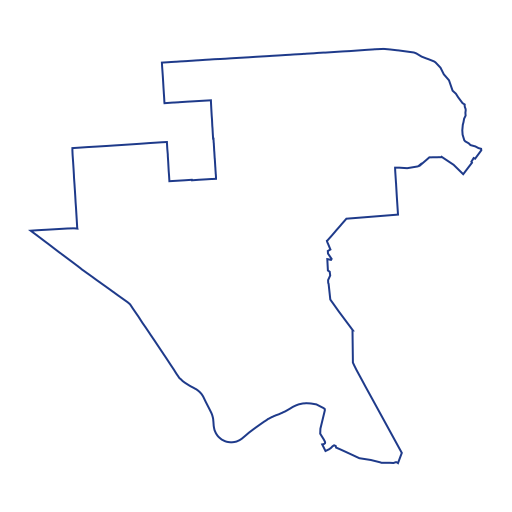 Burnside, South Australia, Australia
{"feature_id": "25037944B2025658304279", "entity_name": "Burnside", "entity_type": "district", "adm_level": 2, "iso_a3": "AUS", "parent_name": "Australia", "parent_adm1": "South Australia", "projection": "natural_earth1", "projection_center": [138.659, -34.944], "detail": "fine", "context": "isolated", "style": "outline", "palette": "blue", "viewbox_px": 512, "rotation_deg": 0, "n_neighbors": 0, "source": "geoboundaries", "source_scale": "gbopen_adm2", "svg_char_len": 5755}
<svg xmlns="http://www.w3.org/2000/svg" viewBox="0 0 512 512"><path d="M30.7,230.7L33.2,232.6L37.5,235.8L42.9,239.9L46.9,242.9L47.6,243.4L52.8,247.4L58.8,252.0L65.3,256.8L68.5,259.2L73.2,262.7L80.3,268.1L82.2,269.7L83.4,270.5L87.7,273.6L87.9,273.7L96.7,280.1L101.9,283.8L105.0,286.0L118.3,295.6L123.8,299.5L127.6,302.2L129.5,303.8L130.2,304.5L132.9,308.6L136.9,314.4L138.3,316.4L141.3,321.1L142.6,323.1L145.9,327.8L149.4,333.0L150.3,334.4L155.4,341.9L157.0,344.3L157.8,345.5L160.4,349.4L164.2,355.1L164.3,355.2L166.9,359.1L170.3,364.3L174.3,370.3L174.7,371.0L176.4,373.7L179.5,378.2L180.7,379.1L181.6,380.0L182.7,381.1L183.8,381.9L184.3,382.3L184.9,382.7L185.5,383.1L186.6,383.8L189.6,385.7L191.4,386.7L192.6,387.3L193.9,388.0L195.1,388.7L195.5,388.9L196.3,389.3L197.4,390.1L198.2,390.7L198.5,391.0L199.6,391.9L200.5,392.9L201.0,393.4L201.5,394.0L202.6,395.6L203.0,396.3L203.4,397.0L205.6,401.6L207.8,405.9L209.2,408.6L210.6,411.4L211.2,412.6L211.8,414.0L212.3,415.4L212.7,416.9L213.0,418.1L213.2,419.4L213.3,420.8L213.4,421.6L213.7,425.8L214.0,427.7L214.5,430.0L214.7,430.5L215.3,431.9L215.8,433.0L216.3,433.9L216.6,434.3L217.3,435.4L218.2,436.5L218.8,437.1L219.7,437.9L220.9,438.9L221.8,439.6L223.2,440.3L224.0,440.7L224.8,441.1L226.2,441.6L226.9,441.8L228.1,442.0L229.5,442.2L230.8,442.3L231.6,442.3L232.9,442.2L234.3,442.0L236.3,441.6L237.5,441.1L238.8,440.5L239.5,440.2L240.1,439.8L240.6,439.5L241.2,439.1L241.8,438.7L244.8,436.2L249.0,432.6L253.1,429.5L256.1,427.3L257.8,426.1L260.6,424.1L261.2,423.7L262.3,422.9L262.9,422.5L263.5,422.1L264.0,421.7L265.2,421.0L267.0,419.8L268.0,419.0L269.0,418.6L269.3,418.4L270.6,417.7L271.2,417.4L271.9,417.0L272.4,416.9L273.7,416.2L275.0,415.7L275.6,415.4L278.2,414.5L278.8,414.3L281.4,413.1L282.0,412.9L282.9,412.4L285.2,411.4L286.4,410.7L287.0,410.4L287.6,410.0L288.2,409.7L289.9,408.7L291.2,407.9L292.3,407.2L293.0,406.8L293.4,406.6L296.0,405.4L297.3,404.9L298.6,404.4L299.4,404.2L300.0,404.1L300.8,403.9L301.4,403.8L302.1,403.6L302.8,403.5L303.5,403.4L304.2,403.4L306.2,403.2L308.2,403.3L308.9,403.3L309.6,403.4L311.0,403.5L316.4,404.4L318.9,405.7L323.6,408.1L324.8,409.1L324.8,410.5L320.4,428.7L320.2,433.7L323.8,439.5L324.8,441.4L325.1,442.3L325.0,443.2L324.4,443.7L323.8,444.1L322.2,444.4L325.5,451.0L329.2,449.2L331.1,447.8L332.5,446.3L334.1,445.3L335.7,446.0L336.1,447.6L340.1,449.3L345.8,451.9L359.3,458.2L370.9,460.0L380.1,462.3L381.5,462.8L390.0,462.8L393.4,463.0L395.2,462.4L395.8,462.2L396.4,462.2L397.4,462.7L398.0,463.1L401.8,452.9L377.0,407.6L371.9,398.3L365.3,386.3L362.9,381.8L356.5,370.0L354.3,365.6L352.9,362.6L352.8,354.3L352.5,330.4L352.9,330.4L339.7,312.7L338.8,311.5L332.7,302.9L331.1,300.7L330.7,300.1L330.3,299.5L328.6,283.8L328.2,282.9L328.1,280.1L330.2,275.5L329.7,271.7L327.9,270.5L327.3,259.1L328.0,259.2L331.0,259.9L331.6,258.9L328.0,253.6L327.8,251.0L330.4,249.5L328.0,243.7L327.6,242.9L327.0,241.3L326.9,240.8L327.4,240.5L331.4,236.0L335.3,231.5L336.1,230.5L340.6,225.4L341.5,224.3L345.0,220.3L346.4,218.7L356.7,217.9L398.0,214.6L396.8,196.4L396.1,184.4L396.1,183.8L396.0,183.1L395.2,170.9L395.1,168.3L395.1,167.7L399.8,167.7L407.2,168.2L417.9,166.4L418.7,165.9L420.5,164.4L420.5,165.0L426.2,160.1L429.4,157.3L432.1,157.3L440.6,157.2L441.3,157.2L441.6,156.8L453.6,164.8L463.2,174.2L463.6,173.7L469.0,166.6L472.0,162.7L471.4,161.7L473.7,158.0L475.1,158.7L481.3,150.3L481.1,148.8L478.5,148.1L475.3,146.4L470.5,145.1L468.7,143.3L465.3,141.4L464.3,140.3L462.6,134.7L462.3,130.3L462.8,124.8L463.5,122.1L464.1,118.7L465.6,115.6L465.4,112.8L465.7,110.3L465.6,109.1L465.4,108.4L464.9,107.2L464.7,105.9L464.6,105.1L464.7,104.5L462.5,103.1L458.1,97.2L455.9,93.7L452.6,90.7L449.0,80.3L443.8,74.3L440.5,67.7L435.5,62.4L434.2,61.5L433.0,61.0L428.5,59.2L426.2,58.4L421.6,56.6L416.3,53.4L415.9,53.3L415.8,53.2L415.0,52.9L413.9,52.5L402.9,51.0L397.7,50.3L397.2,50.3L390.4,49.5L384.9,49.0L383.7,48.9L376.7,49.2L374.4,49.3L373.6,49.4L367.1,49.8L349.6,51.1L343.1,51.4L337.0,51.8L332.6,52.1L325.3,52.6L323.3,52.6L320.0,52.8L318.0,52.9L313.8,53.3L311.9,53.4L306.2,53.7L305.8,53.8L303.0,53.9L302.5,54.0L299.0,54.2L294.8,54.4L291.8,54.6L290.9,54.7L285.5,55.0L279.6,55.4L270.8,55.9L269.8,56.0L264.7,56.3L262.8,56.4L255.8,56.8L248.7,57.3L238.1,57.9L232.8,58.2L229.7,58.4L225.9,58.7L220.2,59.0L217.1,59.1L214.7,59.2L211.6,59.4L209.0,59.6L208.8,59.6L205.3,59.8L202.7,60.0L198.4,60.3L196.4,60.4L192.4,60.7L189.3,60.9L186.6,61.1L182.8,61.3L180.6,61.4L176.8,61.7L174.6,61.8L171.1,62.0L168.7,62.2L161.9,62.6L162.1,66.3L162.8,76.1L163.2,82.6L163.4,86.1L163.5,87.9L163.8,92.4L163.8,92.7L164.0,95.4L164.2,98.6L164.4,102.5L164.5,103.2L172.3,102.6L174.8,102.5L178.4,102.3L179.3,102.2L188.2,101.6L190.4,101.5L199.0,101.0L200.6,100.9L210.9,100.3L211.0,102.9L211.3,108.8L211.4,110.5L211.7,115.7L212.0,119.5L212.3,126.0L212.5,128.2L212.8,133.8L213.1,138.7L213.5,138.7L213.5,139.3L213.7,142.7L213.8,143.3L213.9,145.5L214.0,146.9L214.2,150.8L214.3,151.8L214.7,158.4L214.8,158.7L214.8,159.1L214.9,160.5L215.3,167.2L215.4,168.0L215.4,168.8L215.7,173.1L215.7,173.7L215.8,174.2L216.0,177.4L216.0,178.8L212.5,179.0L211.9,179.0L211.3,179.0L206.7,179.3L198.4,179.8L192.0,180.3L191.9,179.8L191.5,179.8L184.5,180.3L169.4,181.2L169.0,174.8L168.7,171.0L168.5,167.4L168.2,161.9L167.8,155.8L167.8,154.6L167.3,149.0L166.9,142.0L161.2,142.3L155.2,142.7L148.8,143.1L143.7,143.5L139.6,143.8L132.1,144.3L124.5,144.8L119.9,145.1L116.7,145.3L115.1,145.4L107.8,145.9L96.2,146.6L87.2,147.1L84.4,147.3L77.1,147.8L72.4,148.1L72.4,150.5L72.6,155.0L73.1,161.9L73.6,169.7L73.9,174.9L74.0,177.5L74.2,180.3L74.5,184.4L74.7,187.6L74.9,190.4L75.3,196.9L75.6,202.4L76.0,207.8L76.4,214.4L76.8,220.9L77.2,227.7L77.4,228.6L74.0,228.3L67.4,228.5L64.0,228.7L57.3,229.1L47.1,229.7L37.8,230.2L30.7,230.7Z" fill="none" stroke="#1e3a8a" stroke-width="2"/></svg>